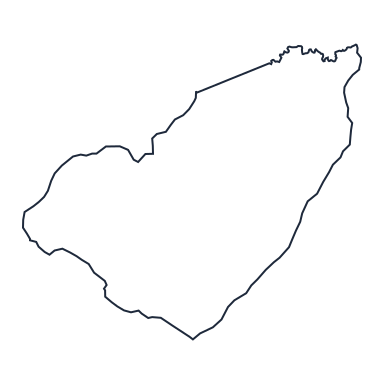 Anadiou, Paphos, Cyprus
{"feature_id": "46923920B35556705547114", "entity_name": "Anadiou", "entity_type": "district", "adm_level": 2, "iso_a3": "CYP", "parent_name": "Cyprus", "parent_adm1": "Paphos", "projection": "natural_earth1", "projection_center": [32.568, 34.955], "detail": "fine", "context": "isolated", "style": "outline", "palette": "slate", "viewbox_px": 384, "rotation_deg": 0, "n_neighbors": 0, "source": "geoboundaries", "source_scale": "gbopen_adm2", "svg_char_len": 2699}
<svg xmlns="http://www.w3.org/2000/svg" viewBox="0 0 384 384"><path d="M196.1,91.2L195.8,97.9L194.2,101.3L189.2,109.1L183.2,115.2L174.9,119.5L170.7,125.0L165.9,131.8L156.8,134.0L152.2,138.5L152.8,145.8L153.0,153.8L145.4,154.0L138.1,162.0L133.7,159.7L128.1,149.9L119.8,146.3L105.9,146.5L96.5,153.6L92.1,153.6L86.3,155.6L80.7,154.6L73.0,156.5L61.8,165.6L54.7,173.4L51.2,180.8L47.9,190.8L44.1,196.9L39.0,201.8L33.6,206.1L24.6,212.0L23.2,219.9L23.0,227.7L26.9,233.6L30.0,238.9L30.0,240.3L36.2,241.9L38.6,246.7L44.7,252.0L49.5,254.7L54.6,250.5L62.4,248.7L70.1,252.5L76.6,256.2L81.9,259.9L88.7,264.0L94.1,272.7L100.0,277.2L104.8,280.9L106.6,285.0L104.0,288.7L105.1,290.4L105.2,296.7L111.8,302.3L117.3,306.4L124.0,310.4L131.0,312.3L138.6,310.6L141.7,313.6L148.2,318.0L152.2,317.1L160.8,317.8L172.3,325.5L189.7,336.9L192.9,339.4L200.1,333.4L212.9,327.3L221.5,319.5L228.0,307.0L234.4,300.3L246.2,293.2L251.3,285.4L257.4,279.4L265.8,269.8L273.9,262.2L279.6,257.7L289.0,247.2L292.3,239.2L296.0,230.5L300.2,221.8L302.2,213.3L307.7,201.3L317.1,193.7L323.2,181.9L329.1,172.1L332.9,164.7L340.5,157.4L343.0,151.3L349.8,144.6L350.4,137.1L351.1,129.7L352.2,123.0L347.6,116.8L348.2,108.1L346.2,102.5L344.1,92.7L344.5,87.1L348.2,80.6L352.8,74.8L359.2,69.5L359.2,68.2L360.8,62.0L361.0,57.7L357.1,52.7L357.6,48.2L356.7,45.1L355.9,44.6L355.4,44.9L354.2,45.5L353.4,45.9L352.3,46.3L351.8,46.6L351.3,47.2L350.6,47.5L350.1,47.4L348.9,47.3L348.0,47.3L347.0,47.8L346.8,48.5L346.4,49.4L345.3,50.3L344.4,50.8L343.7,50.8L342.8,50.0L342.0,50.9L341.7,51.0L341.4,51.1L341.1,51.2L340.7,51.1L339.6,50.7L338.7,50.9L337.5,51.4L336.3,51.8L335.6,52.1L335.3,52.3L335.3,54.3L335.8,54.8L336.0,55.5L335.6,56.6L335.9,57.0L336.4,57.4L336.6,57.9L335.8,59.1L335.3,60.7L334.8,61.2L334.1,61.4L333.5,61.3L332.4,60.8L331.8,60.4L331.3,60.1L330.6,60.1L329.9,60.9L329.0,61.1L328.6,60.8L327.8,59.4L327.8,57.6L325.8,58.3L324.6,59.8L324.6,61.1L324.1,61.2L323.5,61.3L323.1,60.9L322.7,60.3L322.1,59.4L322.2,58.3L322.9,57.2L323.2,55.6L322.9,54.2L321.9,53.7L321.6,53.9L321.1,53.9L319.9,52.5L319.0,52.1L317.5,51.0L315.9,49.3L315.0,50.2L315.0,51.4L314.5,52.6L313.5,52.6L311.8,51.4L310.8,49.4L309.9,49.4L309.2,49.8L308.4,52.4L307.1,53.2L305.4,53.3L303.3,54.1L302.6,54.0L302.2,52.5L301.9,49.8L302.2,48.1L301.9,46.8L301.1,46.2L298.2,46.0L296.5,47.1L294.7,47.2L292.5,47.3L291.5,47.2L289.5,46.6L288.2,47.0L287.4,48.5L288.9,50.9L288.7,51.7L288.3,52.2L287.4,52.6L285.8,52.3L284.4,51.4L284.1,52.0L283.7,53.5L283.1,54.4L282.7,54.6L282.1,54.7L280.6,54.5L280.1,54.6L279.9,55.5L281.4,57.7L279.2,62.0L277.1,61.4L275.4,61.7L273.5,59.9L272.4,60.0L271.2,61.0L271.8,62.4L271.2,64.1L269.3,63.3L230.5,79.0L196.7,92.7L196.1,91.2Z" fill="none" stroke="#1e293b" stroke-width="2"/></svg>